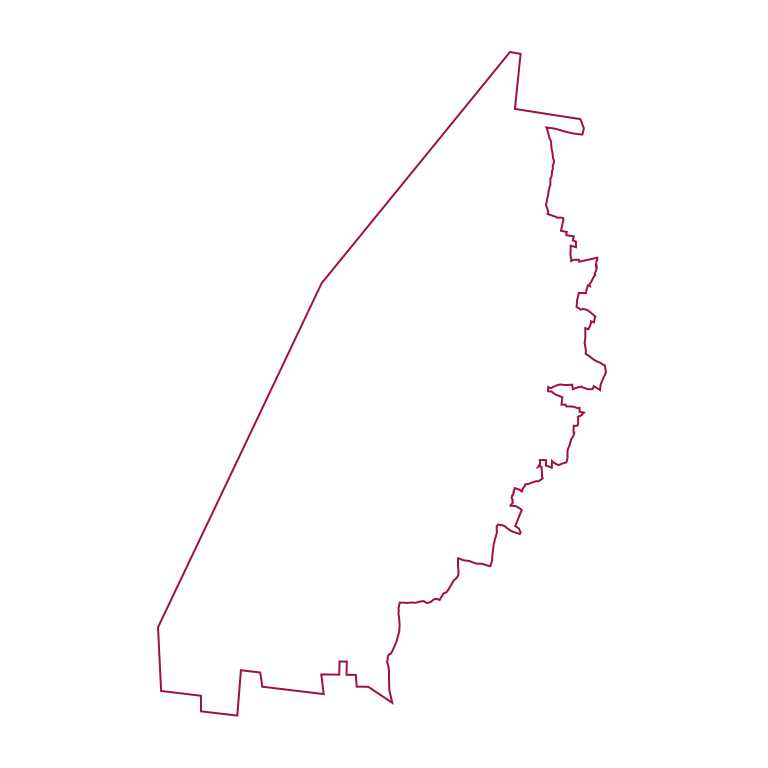 Chemax, Yucatán, Mexico (Equal Earth projection), rotated 181°
{"feature_id": "50627088B8241374845255", "entity_name": "Chemax", "entity_type": "district", "adm_level": 2, "iso_a3": "MEX", "parent_name": "Mexico", "parent_adm1": "Yucatán", "projection": "equal_earth", "projection_center": [-87.917, 20.732], "detail": "fine", "context": "isolated", "style": "outline", "palette": "rose", "viewbox_px": 768, "rotation_deg": 181, "n_neighbors": 0, "source": "geoboundaries", "source_scale": "gbopen_adm2", "svg_char_len": 6136}
<svg xmlns="http://www.w3.org/2000/svg" viewBox="0 0 768 768"><g transform="rotate(181 384 384)"><path d="M605.7,136.8L601.5,73.2L561.6,69.1L561.2,53.5L524.9,49.9L522.8,83.6L522.1,95.3L502.8,93.4L501.4,85.8L500.4,79.2L438.9,72.9L441.6,92.5L432.4,92.6L430.3,92.6L429.6,92.6L423.7,92.6L423.6,105.8L416.3,105.8L416.4,92.6L407.1,92.6L406.0,80.9L400.6,81.0L394.3,80.9L370.2,65.4L373.1,77.1L373.3,78.7L373.5,81.0L373.6,83.7L373.9,91.6L373.9,92.4L373.9,93.0L374.0,97.7L374.2,98.6L374.6,100.7L374.7,102.4L375.2,103.6L376.1,106.4L375.5,109.1L375.6,110.0L375.6,110.8L375.5,111.4L375.3,112.1L374.9,112.7L374.6,113.1L374.2,113.5L373.8,114.0L373.3,114.3L372.8,114.4L372.4,114.6L371.8,115.5L369.9,119.7L369.4,120.9L368.7,122.6L367.9,124.4L367.4,125.6L366.9,127.3L366.1,130.3L365.9,131.5L365.1,134.4L364.4,137.5L364.3,140.2L364.2,143.5L364.5,147.0L364.6,148.3L364.8,150.4L365.1,152.1L365.3,153.1L365.5,154.6L365.3,158.1L365.5,159.2L365.6,160.6L365.3,161.4L365.1,162.5L364.8,164.4L364.3,165.8L363.8,165.7L361.6,165.7L360.9,165.7L359.7,165.7L357.6,165.5L355.3,165.7L353.4,165.9L351.6,166.0L350.0,165.8L348.8,165.9L347.2,166.2L344.0,167.2L340.8,167.6L340.1,167.4L338.8,166.5L337.7,166.0L337.0,165.8L335.3,166.1L334.4,166.6L333.2,167.1L331.9,168.3L330.9,169.1L330.0,169.6L329.4,169.9L328.9,170.1L328.2,170.1L327.7,170.0L326.3,169.7L325.5,169.3L324.6,169.0L324.2,170.0L323.6,170.7L323.3,171.4L322.7,172.4L322.0,173.5L321.9,174.3L320.8,175.7L319.9,176.1L318.4,176.6L317.4,177.5L316.4,179.0L315.1,181.1L314.1,183.1L313.4,183.8L312.8,185.0L312.7,185.7L311.9,186.9L311.6,187.6L311.2,188.2L310.0,189.7L309.3,190.0L308.4,191.0L307.9,191.6L307.3,192.3L306.4,194.3L306.3,195.2L306.3,196.4L306.3,197.1L306.3,198.9L306.5,200.8L306.6,202.0L306.9,203.9L306.8,206.6L307.0,207.8L306.9,210.7L306.8,211.1L306.2,211.0L303.1,209.7L300.5,209.0L295.8,208.6L290.5,206.6L287.4,205.9L285.2,206.1L282.3,205.8L274.8,203.6L274.3,204.2L274.1,205.2L273.3,207.8L272.8,210.1L272.8,213.0L271.9,221.8L271.6,225.0L270.9,227.7L270.8,228.7L270.4,230.9L269.5,233.4L268.8,236.6L268.5,237.6L268.8,240.2L268.7,241.2L268.7,242.3L268.9,243.6L267.5,245.5L267.1,245.4L265.4,245.0L263.6,244.9L262.6,244.7L261.7,244.4L260.1,243.4L259.4,242.7L257.8,241.6L254.6,239.4L254.2,239.4L252.8,238.7L251.4,238.2L245.6,236.4L244.8,238.1L246.8,242.0L250.3,244.3L244.1,260.4L245.8,261.8L248.1,263.2L249.0,263.5L250.2,264.2L252.9,264.4L255.3,264.5L254.6,265.8L253.1,267.7L253.7,269.6L253.3,270.4L254.4,272.2L254.1,273.4L254.0,274.7L253.3,274.8L252.2,277.7L252.7,278.1L251.4,282.2L247.1,280.7L246.6,280.8L246.4,280.5L244.9,279.8L245.0,279.4L244.3,278.9L244.0,279.4L243.6,281.3L242.4,283.2L241.8,283.8L241.4,284.6L241.1,285.4L241.1,286.0L240.3,286.2L239.5,286.5L238.4,286.4L237.4,286.8L232.5,288.7L230.0,289.5L228.3,289.4L227.5,289.6L224.7,291.7L223.8,292.2L223.8,292.9L224.1,293.5L224.5,294.0L224.4,295.6L224.6,299.0L225.1,303.4L225.1,304.0L225.8,304.2L226.9,304.2L227.2,304.3L228.1,304.1L228.3,304.0L226.5,306.8L226.9,310.7L220.7,310.8L220.6,308.6L220.7,305.3L218.7,304.6L217.8,304.4L215.1,303.3L214.7,303.2L214.7,304.6L214.8,307.2L214.6,309.9L213.8,309.0L212.7,308.2L211.7,307.9L210.7,307.1L208.2,306.0L207.4,306.3L205.9,306.8L205.0,307.3L203.5,307.9L202.6,308.1L201.6,308.5L200.8,308.7L200.4,308.7L200.0,309.6L199.8,310.8L199.5,312.0L199.2,314.0L199.4,318.6L199.3,320.4L199.2,320.8L199.0,322.0L197.3,326.2L197.2,327.1L196.7,328.7L196.6,329.3L196.2,330.8L195.8,332.1L195.4,332.8L194.5,334.0L193.0,337.2L193.0,338.9L193.7,339.1L193.7,343.6L193.6,344.5L193.5,345.6L192.8,345.4L192.1,345.4L191.2,345.7L189.7,345.8L189.3,347.6L189.2,349.0L189.3,349.9L189.2,351.7L189.5,354.6L189.0,355.1L187.7,355.2L185.9,356.3L185.6,356.9L184.6,357.8L184.3,358.4L183.7,358.9L188.0,359.6L188.0,360.8L188.1,363.6L190.0,363.2L193.9,364.6L199.5,364.9L201.2,364.7L201.9,366.4L206.2,366.5L205.4,373.9L212.1,376.4L213.7,377.3L216.3,379.4L219.8,379.6L219.9,382.6L219.7,383.9L218.9,383.6L218.4,383.2L217.5,382.7L215.4,383.7L214.7,384.2L211.3,385.5L209.8,386.2L207.4,386.6L202.8,386.1L195.8,386.6L195.2,382.1L194.5,382.3L193.4,382.8L191.0,383.5L190.1,384.2L188.4,384.3L186.6,384.9L186.1,384.4L184.9,383.9L183.1,383.4L180.4,382.3L175.4,382.5L174.2,385.5L167.9,381.8L167.4,387.4L164.9,393.6L162.3,399.5L163.5,406.3L166.2,407.6L167.6,408.8L172.1,410.5L176.3,413.1L177.5,414.0L178.9,415.3L182.8,417.6L182.8,418.5L182.8,421.5L183.6,425.7L184.2,428.7L183.5,433.4L183.7,443.4L180.6,442.3L178.7,446.5L178.0,450.3L175.2,449.3L174.4,453.0L173.8,455.2L175.1,455.9L175.4,456.4L176.2,457.2L180.3,460.3L181.6,461.3L184.2,462.2L185.0,462.2L186.3,462.5L188.7,461.8L190.3,463.1L192.8,464.3L192.6,467.4L192.4,471.5L191.6,474.6L190.7,478.5L183.7,478.3L183.1,481.8L181.8,486.3L179.9,485.5L180.3,486.5L179.6,488.2L178.6,489.6L177.8,491.4L177.2,493.0L176.3,494.6L175.6,495.5L174.8,496.5L175.4,497.5L173.7,502.0L173.3,504.6L174.2,504.9L173.5,506.5L174.2,506.9L173.6,510.6L173.3,511.4L172.8,512.0L173.0,514.0L190.9,509.7L191.5,511.6L196.0,511.5L196.9,511.2L199.0,510.3L198.9,511.2L199.0,512.4L199.1,513.0L199.5,514.2L199.9,517.8L199.8,519.4L199.7,525.6L194.4,524.1L194.6,529.7L197.7,530.9L196.8,534.9L204.3,535.9L204.3,537.3L203.9,539.2L209.7,540.3L208.8,544.9L208.4,546.9L208.2,548.4L207.8,549.5L207.5,550.5L207.8,553.0L209.4,553.4L212.0,553.4L213.9,553.3L215.3,554.3L217.8,554.8L218.5,555.3L221.1,556.1L223.5,556.9L222.7,559.0L224.3,563.4L225.2,565.8L223.7,573.8L223.2,575.7L223.0,576.2L222.9,577.2L223.0,578.8L222.4,581.3L222.1,583.1L221.6,584.6L221.2,585.9L221.1,586.9L221.2,588.1L221.1,589.1L221.3,591.1L221.1,592.3L220.8,593.1L220.3,594.1L220.0,595.1L219.9,596.2L219.9,597.3L219.8,598.4L219.8,599.3L219.0,601.8L218.9,602.3L219.0,603.0L219.2,604.9L218.6,606.3L218.2,607.7L218.0,608.8L217.9,609.8L218.0,610.3L218.4,611.7L219.0,612.6L219.2,615.1L219.6,618.0L220.6,622.5L221.3,629.7L222.9,632.8L223.5,635.3L225.4,641.6L226.1,643.4L222.7,642.8L220.6,642.8L213.5,641.3L209.8,640.1L206.3,639.3L204.2,638.9L198.7,637.7L195.8,637.4L191.1,636.9L190.0,637.0L188.6,643.0L189.1,644.5L189.4,644.9L190.9,649.0L192.4,652.3L221.2,656.2L257.9,661.3L253.2,716.5L263.9,718.1L319.8,646.9L448.1,483.7L513.2,340.2L605.7,136.8Z" fill="none" stroke="#9f1239" stroke-width="2"/></g></svg>